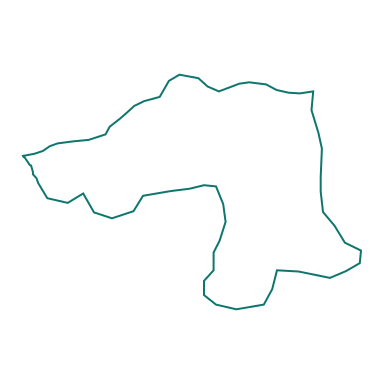 Tsakistra, Nicosia, Cyprus (Robinson projection)
{"feature_id": "46923920B65404005365686", "entity_name": "Tsakistra", "entity_type": "district", "adm_level": 2, "iso_a3": "CYP", "parent_name": "Cyprus", "parent_adm1": "Nicosia", "projection": "robinson", "projection_center": [32.721, 35.001], "detail": "fine", "context": "isolated", "style": "outline", "palette": "teal", "viewbox_px": 384, "rotation_deg": 0, "n_neighbors": 0, "source": "geoboundaries", "source_scale": "gbopen_adm2", "svg_char_len": 957}
<svg xmlns="http://www.w3.org/2000/svg" viewBox="0 0 384 384"><path d="M313.2,91.4L299.9,93.4L288.6,92.7L276.6,90.0L266.1,84.4L249.2,82.3L239.3,83.7L218.9,91.4L207.6,86.5L198.4,78.2L179.4,74.7L168.9,80.9L159.7,96.9L144.2,101.1L134.3,105.9L126.6,112.9L120.3,118.4L109.7,126.7L105.5,134.4L88.6,139.9L73.8,141.3L57.6,143.4L49.8,146.2L42.8,151.0L34.3,153.8L23.0,155.9L23.7,157.1L24.7,157.5L29.8,165.0L31.1,165.6L33.0,172.3L32.9,174.3L36.4,178.1L36.6,178.5L38.1,182.9L47.3,198.2L67.7,202.9L83.2,193.5L94.0,212.4L111.9,218.3L133.5,211.2L143.0,195.8L170.5,191.1L189.7,188.7L204.0,185.2L216.0,186.4L223.2,204.1L225.6,221.8L219.6,240.7L213.6,252.5L213.6,270.3L204.0,280.9L204.0,295.1L216.0,304.6L236.3,309.3L263.8,304.6L272.2,289.2L277.0,270.3L298.5,271.5L329.9,277.9L346.0,271.1L359.8,263.1L361.0,250.6L344.9,242.7L334.5,225.7L323.0,212.0L320.7,191.6L320.7,176.9L321.9,148.6L318.4,132.8L311.5,110.2L313.2,91.4Z" fill="none" stroke="#0f766e" stroke-width="2"/></svg>